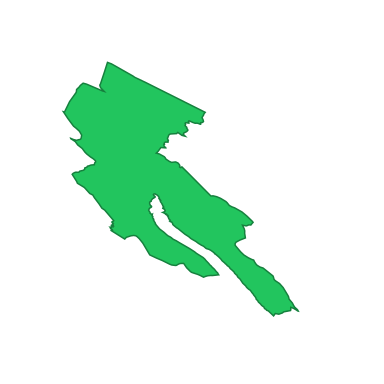 Loabák sme 1, Troms, Norway, rotated 210°
{"feature_id": "86288312B71092207563612", "entity_name": "Loabák sme 1", "entity_type": "district", "adm_level": 2, "iso_a3": "NOR", "parent_name": "Norway", "parent_adm1": "Troms", "projection": "robinson", "projection_center": [17.762, 68.717], "detail": "fine", "context": "isolated", "style": "filled", "palette": "green", "viewbox_px": 384, "rotation_deg": 210, "n_neighbors": 0, "source": "geoboundaries", "source_scale": "gbopen_adm2", "svg_char_len": 6048}
<svg xmlns="http://www.w3.org/2000/svg" viewBox="0 0 384 384"><g transform="rotate(210 192 192)"><path d="M323.7,177.6L318.3,177.3L314.5,175.6L308.8,174.8L304.7,173.0L302.2,172.3L297.5,171.6L294.0,171.4L291.3,170.8L290.5,169.9L290.8,168.6L290.7,168.1L290.2,166.8L293.0,164.8L294.7,162.7L295.3,162.3L295.5,161.8L295.4,161.2L296.1,160.1L296.7,159.5L296.9,159.1L296.3,157.9L297.0,156.4L299.6,154.0L299.9,152.5L302.7,150.9L303.5,150.0L304.3,148.6L304.6,147.4L297.2,143.5L295.6,142.3L287.5,142.1L279.8,139.6L276.4,139.8L273.8,138.3L266.7,135.3L261.9,132.9L258.6,132.7L245.4,128.0L245.5,127.5L246.3,126.2L245.2,125.7L245.4,125.6L245.1,125.5L245.3,125.4L245.0,125.2L244.4,124.7L244.7,124.4L244.9,124.0L244.0,123.7L243.4,123.7L243.0,123.3L244.2,122.8L243.6,122.7L243.2,122.3L243.6,122.2L243.4,122.1L244.7,121.3L244.7,121.0L244.4,120.8L245.2,120.5L244.7,120.3L244.7,120.0L244.1,119.6L243.3,119.4L242.4,119.5L242.3,119.2L241.6,119.1L241.6,118.9L242.5,118.4L242.6,118.2L226.7,117.6L226.2,119.9L223.1,123.4L220.8,125.2L218.7,126.0L217.2,125.9L214.3,125.2L209.0,123.1L197.1,116.4L190.0,117.0L183.4,117.8L175.5,118.3L173.2,118.6L169.6,120.1L168.8,120.7L167.7,122.7L166.9,123.7L166.0,124.5L163.5,126.0L158.7,123.7L153.5,122.3L152.2,122.2L150.6,122.5L145.9,123.5L143.5,123.8L139.4,124.0L138.0,125.8L136.4,127.4L134.0,129.1L132.5,129.9L127.5,133.6L128.2,133.9L128.9,134.5L129.5,134.8L131.2,135.2L133.9,136.3L137.4,137.1L138.6,137.6L139.7,137.7L142.1,138.6L145.9,139.7L147.0,140.2L149.6,140.8L157.5,141.1L159.8,141.5L165.7,141.8L177.3,141.8L181.4,141.9L184.3,141.7L185.8,141.8L186.8,142.1L189.2,142.2L190.2,142.0L192.5,142.3L196.1,143.1L201.6,143.8L206.9,145.7L206.6,145.9L207.1,145.8L208.4,146.7L208.6,147.0L210.1,147.7L210.8,148.3L211.2,148.4L211.4,149.1L212.3,149.3L211.6,149.5L211.4,149.7L212.2,149.4L212.5,149.6L212.2,149.7L212.5,149.6L213.2,150.0L213.7,151.2L214.6,151.4L215.8,152.5L215.1,152.6L215.2,152.9L215.3,152.7L216.0,152.5L216.8,152.6L216.4,152.9L217.0,152.5L217.3,152.6L218.6,153.6L219.9,154.2L220.5,154.7L220.5,155.4L220.6,155.6L220.7,156.3L220.4,157.2L219.8,158.1L219.6,158.8L219.7,159.1L220.3,159.5L220.8,159.3L221.1,159.3L220.7,159.5L220.8,159.5L221.4,159.4L221.1,159.6L221.6,159.7L222.0,160.1L222.6,160.4L223.1,161.1L223.1,161.4L223.6,162.0L223.4,162.6L222.7,163.5L223.1,164.1L222.8,166.6L222.1,167.4L222.2,168.1L221.7,168.4L221.4,168.9L221.4,169.2L221.7,169.6L223.5,169.9L224.2,170.5L224.2,170.8L224.1,171.1L223.3,171.6L223.1,171.9L220.1,171.9L218.4,171.2L217.3,170.4L217.4,169.9L215.6,169.4L215.4,169.3L215.6,169.1L215.1,169.0L215.3,168.7L214.5,167.9L212.3,166.9L211.5,166.2L210.9,166.0L210.4,165.4L209.4,165.2L209.4,164.8L208.7,164.3L208.5,164.0L209.0,163.6L209.8,163.3L207.6,163.2L207.1,163.3L207.0,163.1L205.9,162.5L205.8,162.3L206.0,162.1L205.9,161.7L206.6,160.2L207.1,159.7L203.8,160.0L203.4,160.0L203.2,159.9L202.8,160.1L202.5,159.9L203.3,159.8L203.6,160.0L203.8,159.8L204.4,159.7L203.6,159.5L201.4,159.6L201.0,159.7L200.6,159.2L201.0,158.9L200.3,158.6L199.7,158.0L199.0,157.6L198.8,157.2L197.0,156.8L196.8,156.3L196.0,156.0L196.0,155.8L196.3,155.5L195.7,155.4L195.9,155.5L194.5,155.8L193.0,155.0L192.5,154.4L191.9,154.1L187.5,153.3L185.7,153.3L177.0,151.9L172.6,151.7L169.5,151.1L163.9,151.1L160.7,150.7L158.3,150.7L157.8,150.6L154.8,150.8L151.8,150.2L151.1,150.2L148.7,150.8L146.8,150.9L143.7,150.6L141.5,150.2L141.4,150.1L141.7,150.0L141.5,149.9L141.4,150.1L136.6,149.2L133.6,148.4L131.5,147.5L128.1,146.9L127.5,146.6L125.8,146.4L124.8,145.9L122.4,145.7L120.6,144.8L117.8,144.3L115.2,143.6L114.6,143.0L112.2,142.4L111.4,142.4L110.8,141.8L109.7,141.2L106.8,140.6L102.4,138.4L98.5,137.5L97.2,136.8L96.1,136.5L94.2,136.1L92.8,136.1L91.8,135.8L89.5,134.7L88.4,134.4L87.2,133.7L84.8,132.8L83.3,131.9L82.9,131.3L80.7,130.7L79.5,129.9L76.7,129.3L75.0,128.6L72.1,128.3L70.9,127.3L69.5,127.4L68.1,126.9L66.5,127.2L59.4,125.5L59.1,128.4L55.7,129.6L53.2,132.5L52.7,134.0L47.4,138.6L47.6,139.5L48.3,140.5L48.8,141.5L46.1,142.0L42.3,142.0L41.2,141.8L40.5,142.0L41.8,142.8L45.4,143.6L47.2,144.5L49.5,146.0L54.4,147.8L56.2,149.7L57.5,150.5L65.3,154.8L70.4,156.5L75.2,156.8L76.2,157.0L77.3,157.4L79.0,159.1L79.9,159.8L92.4,161.7L95.7,161.0L99.0,161.1L100.6,161.6L102.8,162.7L104.6,163.9L106.3,163.5L110.4,163.2L115.5,163.4L120.0,164.5L128.0,167.4L128.9,169.0L128.7,170.7L126.4,174.4L122.8,178.9L125.7,182.5L126.9,184.7L128.2,186.1L131.7,188.5L128.2,189.7L127.3,190.6L126.5,191.8L124.5,192.9L124.2,195.1L123.9,196.2L124.8,196.7L132.4,198.6L138.7,199.7L147.1,199.6L150.0,199.1L153.0,199.0L156.3,200.3L158.0,200.7L164.1,200.8L168.2,200.3L171.6,199.3L173.7,198.0L205.6,206.7L213.3,208.7L213.7,207.8L214.1,207.4L214.9,207.4L215.3,207.5L215.3,208.1L216.0,209.0L217.4,209.7L218.6,210.1L221.0,209.9L221.6,209.6L224.4,207.5L225.4,207.3L227.2,207.2L230.2,207.4L231.4,207.6L232.4,208.3L233.7,208.7L235.1,208.7L239.3,208.6L242.4,207.8L241.7,210.3L241.2,214.9L236.8,217.1L237.1,217.4L238.3,217.4L239.0,217.7L240.1,218.9L239.7,219.5L240.4,220.0L240.5,220.4L240.1,221.9L237.7,223.2L238.1,223.9L238.1,224.5L238.5,224.6L238.7,225.1L239.9,225.9L240.2,226.6L240.2,227.6L240.6,229.6L240.1,231.0L239.5,231.6L234.5,234.9L234.1,236.5L229.1,236.0L225.8,236.9L228.4,237.6L228.5,239.2L226.9,241.5L226.4,243.2L227.0,244.0L228.6,244.6L228.8,245.4L231.2,246.0L231.3,247.2L232.0,247.7L232.3,248.1L232.2,248.7L231.6,249.1L229.1,250.1L229.3,250.5L230.4,251.3L230.2,252.1L229.6,252.3L226.2,252.6L223.7,253.1L222.1,254.1L220.9,254.5L218.7,254.8L218.4,255.1L218.6,255.6L219.1,256.0L219.2,256.3L217.6,257.6L217.3,258.8L218.3,259.9L220.3,261.3L220.6,261.8L220.4,264.0L220.7,265.8L220.4,267.6L286.4,263.7L298.9,262.7L301.0,262.9L325.8,262.7L330.0,262.0L327.8,252.0L325.3,239.8L325.3,238.5L324.4,237.5L323.0,236.5L318.3,235.2L319.8,234.8L337.2,232.7L340.7,231.8L342.0,228.5L342.2,226.6L343.2,223.1L342.5,221.5L342.1,220.4L343.2,209.1L342.4,197.5L343.5,197.2L336.3,193.6L329.4,190.6L327.5,189.8L324.2,189.3L319.8,188.3L316.0,186.1L314.9,183.1L314.9,182.0L315.6,181.2L316.6,180.4L317.7,179.1L320.8,178.2L323.9,177.8L323.7,177.6Z" fill="#22c55e" stroke="#15803d" stroke-width="1.5"/></g></svg>